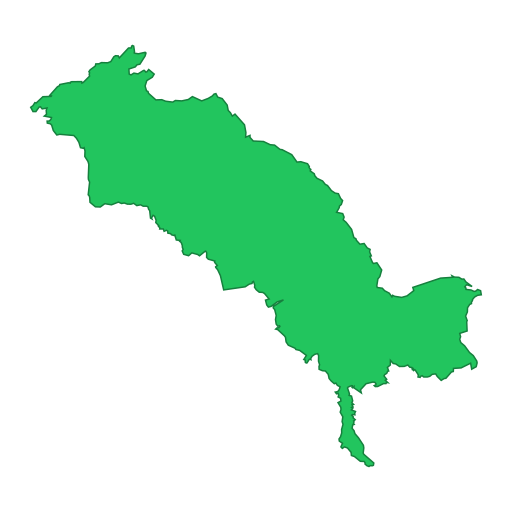 Baia De Arama, Mehedinti, Romania
{"feature_id": "2599482B84787861269200", "entity_name": "Baia De Arama", "entity_type": "district", "adm_level": 2, "iso_a3": "ROU", "parent_name": "Romania", "parent_adm1": "Mehedinti", "projection": "orthographic", "projection_center": [22.806, 45.004], "detail": "fine", "context": "isolated", "style": "filled", "palette": "green", "viewbox_px": 512, "rotation_deg": 0, "n_neighbors": 0, "source": "geoboundaries", "source_scale": "gbopen_adm2", "svg_char_len": 5996}
<svg xmlns="http://www.w3.org/2000/svg" viewBox="0 0 512 512"><path d="M471.7,369.2L476.2,366.7L477.1,362.9L476.8,361.1L473.3,355.6L469.5,352.5L464.6,345.8L460.8,342.6L459.7,339.3L460.6,336.7L459.7,333.4L467.1,331.0L466.7,321.7L467.2,320.6L465.6,316.1L467.4,311.9L467.5,307.8L469.7,304.4L471.5,303.6L471.4,302.3L472.5,300.5L472.4,299.7L474.5,297.1L477.6,295.3L481.3,294.8L480.6,290.7L477.6,289.5L475.6,291.2L474.0,291.4L471.1,290.0L466.0,289.4L465.9,288.0L464.8,286.8L466.6,284.7L472.1,286.5L465.9,281.9L463.9,279.0L461.8,279.1L458.9,277.3L454.5,277.1L452.0,275.8L452.7,277.3L440.6,278.1L412.8,287.4L413.8,290.6L407.0,295.9L401.7,297.4L394.6,296.3L392.6,295.3L391.9,296.9L389.3,293.2L384.6,290.7L382.3,288.2L377.2,287.5L376.8,285.8L377.9,278.9L379.8,276.6L381.7,270.0L376.9,262.8L373.4,263.5L372.4,262.3L369.9,256.4L371.3,255.9L369.6,251.9L370.1,249.4L367.2,247.9L364.1,243.5L359.9,244.2L356.4,240.3L355.9,238.7L353.9,237.6L351.6,229.4L346.1,222.3L343.2,219.8L344.1,217.1L342.7,213.6L336.6,212.3L339.2,207.7L339.5,206.0L341.3,204.5L342.6,200.6L340.6,198.4L338.4,193.7L335.1,193.1L331.4,190.6L327.5,185.5L325.3,184.4L322.6,181.0L317.0,178.3L314.8,175.7L314.3,173.8L310.2,170.9L310.8,169.4L309.8,168.7L309.0,167.1L309.3,166.5L307.5,163.7L300.8,161.7L297.0,162.1L291.8,154.7L282.2,149.7L280.0,149.4L274.6,145.1L270.2,144.7L263.5,141.5L253.2,141.0L250.0,137.4L250.0,135.4L245.6,137.2L245.9,132.5L244.5,124.8L235.0,114.1L232.3,116.1L230.4,112.7L228.2,110.4L227.2,105.1L222.2,98.6L217.7,97.1L215.9,93.6L214.0,94.1L212.3,96.0L208.2,98.4L201.7,100.9L192.4,96.6L188.3,99.5L181.7,100.9L175.4,100.5L172.7,102.1L165.6,101.2L161.8,99.7L155.9,99.9L148.5,93.3L148.0,91.5L146.5,90.8L145.1,86.0L146.8,80.6L152.3,77.2L154.2,74.1L148.7,69.5L147.0,71.7L145.8,72.1L144.4,70.4L143.6,70.4L138.0,73.9L133.9,73.1L131.0,74.9L129.2,74.1L128.9,69.0L135.3,66.9L137.0,64.8L139.9,64.2L145.1,56.0L145.8,53.7L145.3,53.6L145.7,52.6L145.1,52.3L138.4,53.8L134.7,53.2L134.2,52.9L134.5,51.6L133.7,46.1L132.5,45.5L131.6,46.1L131.3,47.9L128.5,48.0L119.3,57.9L118.3,55.9L115.5,55.7L113.8,56.8L110.8,61.6L107.6,62.8L101.4,62.6L98.9,63.8L95.8,63.9L95.3,66.0L90.1,69.9L88.9,71.7L89.6,72.8L89.2,74.4L89.6,76.1L83.2,82.5L81.9,83.1L81.7,81.6L71.7,81.7L70.3,82.2L70.2,83.1L68.3,82.8L59.8,84.5L59.4,85.7L57.4,86.8L49.9,95.2L51.5,95.9L51.2,96.4L42.9,96.7L36.2,103.0L34.9,102.6L32.9,105.7L30.7,107.3L33.0,111.6L35.9,111.6L39.1,107.1L40.5,106.8L42.2,108.9L47.0,108.0L46.2,110.3L46.5,114.3L44.3,116.1L51.5,117.5L50.9,119.4L49.3,121.0L47.1,121.1L47.3,123.1L50.4,123.8L51.7,125.2L53.3,130.5L56.8,135.0L59.7,134.3L73.8,135.5L76.4,138.2L78.9,142.3L80.5,147.7L83.3,148.3L84.1,147.7L85.0,150.9L84.8,156.5L88.0,161.5L88.8,164.4L88.3,177.3L88.4,179.3L89.6,182.1L88.2,194.8L89.1,195.6L89.7,197.5L90.0,202.3L95.4,206.8L100.3,207.0L104.8,203.7L111.5,204.8L118.4,202.1L121.5,203.5L124.3,203.0L127.3,204.1L130.9,204.2L133.7,203.3L136.8,205.6L140.6,204.8L143.2,206.2L146.7,206.2L148.1,207.0L148.5,209.0L149.7,210.7L150.5,218.1L151.9,218.9L151.5,218.0L153.1,215.3L154.6,216.3L156.1,220.2L155.8,222.6L158.7,225.6L158.3,226.0L159.9,228.0L159.7,229.0L163.3,229.0L164.1,231.3L166.4,230.3L167.6,230.9L167.9,233.2L170.6,233.6L171.5,234.8L174.1,235.5L174.8,235.1L176.3,240.0L180.1,240.4L179.6,241.2L181.2,242.5L182.2,245.2L182.4,247.6L183.2,249.3L182.2,250.9L183.7,254.3L188.6,255.7L191.8,252.9L197.7,254.5L199.5,255.8L205.3,251.1L205.9,251.3L206.7,252.9L206.6,257.4L208.3,259.2L214.8,261.0L214.5,261.9L215.2,263.1L217.3,265.5L215.6,266.8L215.7,267.4L217.7,269.8L220.4,275.6L223.7,289.9L245.2,286.8L249.3,284.1L252.0,283.5L252.5,281.9L253.5,281.4L254.8,285.3L254.5,287.2L256.2,289.7L259.2,292.2L262.7,292.4L264.5,293.5L269.1,299.0L265.5,300.1L266.7,304.9L268.4,307.1L271.1,306.4L277.3,301.8L283.5,299.9L273.4,306.5L273.2,307.9L274.7,309.6L276.2,315.5L275.5,319.5L276.2,324.1L277.8,326.2L279.5,325.7L279.9,326.4L278.9,327.7L277.0,327.9L275.7,329.1L277.7,329.6L284.5,335.9L285.5,337.4L286.1,341.9L288.3,345.2L295.0,348.2L295.9,349.5L299.7,350.4L306.4,355.4L303.8,359.5L305.2,360.0L305.3,362.3L306.2,363.0L307.0,362.9L309.1,359.6L309.9,359.1L310.9,359.6L310.7,358.6L312.0,356.3L314.8,354.3L317.6,353.6L318.6,355.6L318.5,361.1L319.6,364.8L319.0,366.4L319.1,369.3L322.4,370.7L325.4,371.0L328.2,374.3L329.1,378.5L331.2,381.0L334.3,383.7L335.9,383.1L337.4,385.4L340.1,386.8L339.2,389.7L337.7,391.6L335.3,392.1L336.5,393.8L338.2,393.4L338.7,395.3L338.1,396.9L340.6,398.3L340.9,401.1L338.0,402.6L340.8,407.3L341.0,409.5L340.2,412.1L342.8,416.8L342.1,421.6L343.0,424.3L341.6,429.5L341.7,432.9L340.5,436.8L339.0,439.0L339.3,441.1L342.5,443.3L340.9,446.9L342.3,448.4L344.5,446.9L347.5,448.0L351.1,452.4L351.4,455.5L354.4,456.5L360.3,461.3L364.2,461.5L365.1,462.8L365.0,464.0L366.9,465.7L369.0,466.5L370.0,465.7L372.5,465.7L373.4,465.3L373.8,463.0L363.8,454.3L363.2,453.1L363.8,447.9L363.4,445.3L358.5,437.8L354.9,433.6L354.1,430.8L352.1,428.3L352.7,424.9L354.2,424.4L353.5,423.5L354.0,421.8L353.6,420.9L355.2,419.7L353.1,417.8L353.3,416.9L351.7,415.2L352.5,414.5L354.9,414.8L354.7,413.2L355.5,411.5L351.4,409.9L352.9,408.0L351.7,407.4L352.9,406.7L352.0,404.7L353.5,404.4L351.8,402.7L352.7,400.9L351.5,396.1L349.1,395.4L349.5,393.9L347.5,388.0L348.2,387.0L351.7,385.6L352.3,385.7L352.0,387.3L352.7,387.8L354.0,386.5L354.0,387.9L361.3,392.9L360.5,389.8L366.1,383.7L372.7,382.1L374.8,382.3L376.0,383.8L375.9,384.8L374.2,385.6L375.3,386.6L377.7,386.5L383.5,383.6L386.0,383.6L386.5,382.4L387.8,382.6L385.3,380.3L386.7,379.3L384.0,375.9L384.8,374.5L386.7,373.4L387.6,371.3L388.7,371.0L387.4,367.4L390.3,365.0L390.4,360.3L393.2,363.5L395.7,363.9L399.5,366.5L404.3,366.4L407.8,365.0L409.8,367.2L411.8,367.5L412.2,369.0L412.9,368.3L413.5,369.1L413.1,370.1L413.7,370.6L414.4,369.7L415.2,370.0L418.3,374.9L418.0,377.0L420.1,377.4L420.5,376.4L422.2,375.7L423.7,377.0L427.3,377.0L429.8,376.3L432.2,374.3L435.7,373.9L437.2,376.4L441.2,380.4L444.0,378.6L445.9,378.3L451.4,372.0L453.3,371.5L453.5,368.4L461.1,367.9L470.6,363.2L471.7,369.2Z" fill="#22c55e" stroke="#15803d" stroke-width="1.5"/></svg>